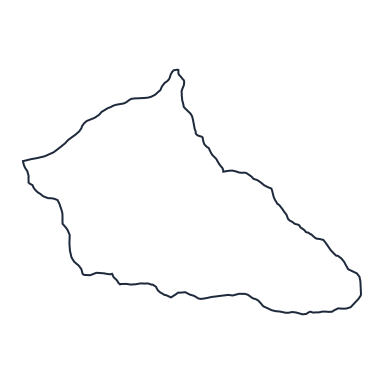 outline of Kanglung, Tashigang, Bhutan
{"feature_id": "84629894B11515592913322", "entity_name": "Kanglung", "entity_type": "district", "adm_level": 2, "iso_a3": "BTN", "parent_name": "Bhutan", "parent_adm1": "Tashigang", "projection": "robinson", "projection_center": [91.534, 27.281], "detail": "fine", "context": "isolated", "style": "outline", "palette": "slate", "viewbox_px": 384, "rotation_deg": 0, "n_neighbors": 0, "source": "geoboundaries", "source_scale": "gbopen_adm2", "svg_char_len": 3986}
<svg xmlns="http://www.w3.org/2000/svg" viewBox="0 0 384 384"><path d="M85.8,121.8L84.1,123.3L82.2,125.9L81.3,128.4L79.2,131.4L75.8,134.4L71.1,137.8L68.0,140.1L65.1,143.3L60.3,147.2L53.6,152.3L44.6,156.3L37.0,158.1L30.8,159.2L25.7,160.5L23.0,161.1L23.4,163.2L24.1,165.6L24.6,166.8L25.4,168.3L27.4,171.3L27.8,173.2L28.3,174.7L28.6,176.0L28.5,179.2L28.6,182.6L29.6,183.6L30.7,184.2L32.5,185.1L33.4,187.3L34.5,189.0L36.8,191.5L38.3,192.7L40.6,194.1L43.1,196.2L43.9,196.5L45.0,197.0L47.2,197.8L48.0,198.1L48.9,198.2L50.3,198.2L52.6,198.4L54.9,199.0L57.6,200.1L59.5,204.0L61.5,209.9L62.2,212.6L62.4,213.5L62.5,216.0L62.5,218.5L62.5,222.7L62.6,223.8L66.5,228.3L67.9,230.7L69.7,235.0L69.4,243.4L69.8,248.7L69.9,250.5L71.5,257.4L74.1,261.7L78.6,265.5L81.3,269.0L81.8,270.8L82.6,273.8L84.0,274.9L90.2,275.2L96.4,272.8L103.8,273.3L107.5,274.0L110.2,274.3L112.1,273.8L113.6,277.2L117.0,280.4L118.5,283.0L120.1,284.4L120.9,284.0L126.5,283.9L131.0,284.6L134.1,284.3L135.3,284.3L139.4,283.6L141.0,283.4L141.8,283.4L144.8,283.6L147.0,283.4L149.3,283.8L151.3,284.6L152.7,284.6L155.0,286.1L156.2,287.0L156.7,288.3L158.0,290.5L160.2,292.4L162.6,293.7L164.6,295.0L166.2,295.2L171.0,297.4L175.6,294.5L178.0,292.7L178.9,292.6L180.0,292.7L185.3,292.2L187.3,293.3L188.4,293.8L189.6,294.5L193.6,295.7L195.8,296.8L198.2,298.4L200.6,298.9L202.9,298.7L207.5,297.9L208.6,297.6L209.6,297.4L211.9,296.9L215.6,296.5L220.0,295.9L228.5,294.9L232.6,295.5L239.0,293.8L245.3,293.9L248.1,294.9L252.6,298.2L255.9,299.2L257.5,300.1L258.4,300.7L260.2,302.6L263.2,306.2L264.4,306.8L267.0,308.0L271.7,310.2L275.7,311.2L278.3,311.4L279.7,311.5L285.4,312.7L288.2,312.8L292.3,312.0L296.1,312.5L299.0,313.3L302.4,314.3L304.8,314.1L306.1,314.0L307.9,312.8L309.8,311.8L310.8,311.8L313.0,312.6L315.6,312.4L318.6,312.4L322.5,311.6L325.7,311.6L328.9,311.9L332.1,311.7L333.8,310.5L335.8,309.5L338.0,308.4L343.6,308.7L346.4,308.5L350.7,307.2L353.2,304.5L358.4,299.0L360.7,295.6L361.0,294.2L360.4,281.5L359.5,276.9L356.9,273.4L348.1,269.2L346.4,266.1L344.1,261.8L341.3,258.4L337.9,255.8L336.2,255.7L334.5,254.1L331.9,251.4L330.7,250.1L325.0,241.9L323.3,239.9L319.7,239.0L316.4,238.6L314.3,237.2L311.2,234.3L310.4,234.3L309.3,233.3L308.2,232.6L306.8,232.4L305.7,231.9L304.9,230.7L303.8,229.7L303.0,229.1L302.0,228.4L300.4,227.3L299.2,225.3L298.4,224.8L294.7,223.8L292.7,222.2L291.8,221.6L289.6,220.5L287.9,218.7L287.2,216.6L286.5,214.8L285.2,213.0L284.4,212.1L282.5,209.2L281.8,208.3L280.8,207.1L280.2,206.2L278.9,204.8L278.0,204.2L277.2,203.7L276.2,201.7L274.9,199.8L273.6,196.7L272.9,193.8L272.5,192.2L272.2,190.9L271.9,190.0L271.4,188.6L270.5,188.2L268.4,187.4L266.7,186.6L265.3,185.8L264.2,185.3L261.6,183.1L260.1,182.0L257.8,180.4L256.5,179.8L255.4,179.5L253.2,178.7L252.4,177.5L251.6,176.8L251.0,176.2L247.3,173.7L246.6,173.2L245.5,172.8L243.9,172.7L243.1,172.7L241.6,172.8L239.1,172.5L235.6,171.3L232.3,170.6L230.7,170.6L228.1,170.9L223.3,171.7L223.3,170.5L223.0,169.6L222.6,168.3L220.0,165.2L218.4,162.8L216.3,159.0L215.4,158.0L212.4,155.1L211.2,153.2L210.3,151.4L208.7,148.0L206.7,146.8L204.4,144.4L203.3,141.4L202.6,137.4L201.7,136.7L200.0,136.2L198.3,135.7L196.6,134.6L195.8,133.5L195.5,130.9L194.6,128.7L194.2,126.3L193.0,119.9L192.7,118.6L192.1,116.4L191.2,114.6L190.2,113.3L185.5,108.8L183.7,106.8L183.5,105.2L183.0,103.0L182.2,100.3L182.1,99.3L182.0,97.6L181.7,95.7L181.8,93.9L181.6,92.2L181.7,90.7L182.4,88.7L183.7,85.6L184.0,84.2L184.1,82.9L184.2,82.0L183.9,80.4L182.1,78.4L180.4,76.2L179.0,74.8L178.4,73.6L178.4,72.2L178.4,70.0L177.6,69.7L175.4,70.0L173.7,70.3L172.2,71.8L170.7,74.6L169.6,78.0L169.0,79.3L167.2,81.2L164.8,82.8L163.7,84.1L161.9,86.5L161.1,88.4L160.3,90.2L158.0,92.1L155.2,94.7L150.9,96.9L147.6,97.7L144.0,98.0L140.1,98.2L138.2,98.3L136.0,98.3L131.5,98.8L129.7,99.7L126.3,102.2L123.9,103.4L120.0,104.1L116.0,104.8L113.0,105.8L110.9,107.0L107.9,108.1L105.4,109.6L103.0,111.1L101.8,111.7L100.9,112.7L99.1,114.8L94.6,117.8L90.2,119.6L86.7,121.0L85.8,121.8Z" fill="none" stroke="#1e293b" stroke-width="2"/></svg>